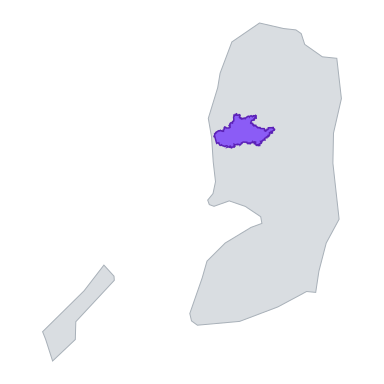 Salfit, West Bank, Palestine (highlighted)
{"feature_id": "87354302B3498749981476", "entity_name": "Salfit", "entity_type": "district", "adm_level": 2, "iso_a3": "PSE", "parent_name": "Palestine", "parent_adm1": "West Bank", "projection": "orthographic", "projection_center": [35.128, 32.112], "detail": "fine", "context": "in_parent", "style": "filled", "palette": "violet", "viewbox_px": 384, "rotation_deg": 0, "n_neighbors": 0, "source": "geoboundaries", "source_scale": "gbopen_adm2", "svg_char_len": 6309}
<svg xmlns="http://www.w3.org/2000/svg" viewBox="0 0 384 384"><path d="M336.8,58.3L341.4,98.6L333.5,133.1L332.9,163.2L339.1,219.2L326.2,243.1L318.9,271.2L315.7,292.4L306.6,291.5L277.9,306.9L239.6,321.4L197.4,325.2L191.5,320.9L189.8,313.5L202.2,277.9L207.0,261.1L225.2,243.0L251.0,227.4L261.9,223.4L260.7,216.7L245.3,206.4L229.2,200.9L214.0,206.3L209.3,204.6L207.7,200.1L213.0,193.6L215.5,181.7L213.2,161.7L211.6,137.3L208.3,118.4L217.7,87.7L220.1,73.2L231.9,41.9L259.5,23.0L283.3,28.5L295.9,29.9L301.2,33.6L304.7,44.4L322.3,56.8L336.8,58.3ZM103.9,265.1L114.0,276.2L114.3,280.3L75.8,321.7L75.3,339.5L52.6,361.0L45.7,339.5L42.6,331.7L84.1,290.8L103.9,265.1Z" fill="#d9dde1" stroke="#a8b0b8" stroke-width="1"/><path d="M216.3,132.1L216.1,132.5L215.7,132.6L215.6,132.8L215.8,133.3L215.7,133.4L215.2,133.5L214.7,133.8L214.8,134.0L214.6,135.2L214.3,135.6L214.0,136.6L214.2,136.8L214.8,136.6L216.2,141.8L216.7,143.3L217.4,142.8L218.4,143.3L218.8,142.9L219.4,144.5L219.9,145.2L220.3,145.4L221.0,145.4L221.4,144.8L222.7,145.8L223.4,145.8L223.9,146.0L224.0,146.3L225.1,146.6L225.4,146.5L225.4,146.1L226.1,145.8L226.4,145.7L227.4,146.1L227.4,146.9L227.2,147.2L227.5,147.1L228.2,146.8L228.5,146.9L229.5,147.1L229.7,146.3L229.9,146.2L230.4,146.1L230.6,146.3L230.8,147.1L231.3,147.2L230.7,147.5L231.2,147.6L231.6,147.9L232.0,147.6L232.3,147.1L233.6,146.8L233.9,147.2L234.1,147.2L234.3,147.0L234.9,146.3L234.7,146.0L234.3,145.7L234.5,145.6L234.4,145.2L234.6,145.4L234.8,145.2L234.7,145.1L234.6,144.5L235.0,144.7L235.3,144.7L236.1,144.6L236.5,144.4L237.0,144.7L237.6,144.3L237.8,144.5L237.9,144.2L238.6,144.4L239.1,144.5L240.1,144.7L240.1,144.9L240.3,144.7L240.7,144.6L241.0,144.2L241.3,143.1L241.8,142.9L242.1,143.1L242.2,142.8L242.2,142.6L242.4,142.4L243.8,142.0L244.6,142.2L245.4,142.1L245.9,142.2L246.8,142.2L246.8,142.3L246.6,142.4L246.6,142.6L247.1,142.7L247.2,143.0L247.6,143.1L247.7,143.4L249.0,142.9L249.2,143.0L249.7,143.1L249.9,143.3L249.4,143.6L249.8,143.6L250.1,143.8L250.2,143.7L250.4,143.6L250.4,143.3L250.6,143.1L250.7,142.9L251.2,142.7L251.4,142.8L251.9,142.7L251.7,142.4L252.6,142.0L253.0,142.1L253.0,141.9L253.1,142.0L253.3,142.2L253.2,142.3L253.4,142.4L254.4,141.9L254.5,142.0L254.9,141.9L254.6,141.9L254.9,141.8L255.3,142.0L253.8,142.7L254.1,142.8L254.2,143.1L254.4,143.0L254.4,143.6L254.5,143.7L254.9,143.6L254.8,143.8L255.0,143.8L255.4,143.5L255.5,143.5L255.7,143.8L255.9,144.7L256.0,145.0L256.4,145.3L256.7,145.4L256.7,145.0L257.0,144.8L258.1,144.7L258.1,144.8L258.3,145.0L258.3,145.4L258.7,145.5L258.9,145.7L259.1,145.6L259.4,145.4L259.5,145.4L259.4,145.2L259.6,145.1L259.5,144.8L259.2,144.8L259.3,144.7L259.3,144.4L259.5,144.4L259.5,143.9L260.1,143.8L260.0,143.6L260.3,143.4L260.6,143.4L261.3,143.2L261.2,142.4L261.5,142.3L261.5,142.1L261.3,142.0L260.9,142.0L260.6,141.4L261.2,141.4L261.6,141.1L261.9,141.0L262.1,141.2L262.2,140.8L262.6,140.6L262.7,140.3L263.1,140.4L263.2,140.2L263.3,140.2L263.5,140.0L265.0,140.0L264.9,139.6L264.8,139.3L264.4,139.0L264.4,138.6L264.6,138.4L266.0,137.7L266.3,137.6L266.6,137.7L266.5,137.1L266.9,137.1L266.9,136.9L267.1,136.8L267.5,136.8L267.4,136.4L267.5,136.3L267.6,136.7L268.2,136.4L268.4,136.5L268.5,136.3L268.7,136.2L268.8,136.0L269.0,135.9L268.7,135.3L269.2,135.3L269.6,134.9L269.7,134.4L269.6,134.1L269.6,133.9L269.9,133.6L269.8,133.2L269.4,132.9L269.5,132.6L269.8,132.5L270.2,132.8L270.6,132.3L270.8,132.3L270.9,131.9L271.0,131.7L271.2,131.8L271.3,131.5L271.6,131.7L271.6,131.8L271.3,132.1L271.2,132.5L271.3,132.9L271.5,133.2L271.8,133.1L272.1,133.1L272.4,132.9L272.2,132.6L272.4,131.3L273.2,130.6L273.5,130.5L273.5,130.4L274.3,130.2L274.6,129.3L274.5,129.1L273.4,128.6L273.5,128.5L273.3,128.3L273.3,127.6L273.0,127.7L272.2,127.5L271.4,127.8L270.7,127.7L270.2,127.8L270.1,127.7L269.8,127.7L268.3,127.8L268.2,127.9L268.4,128.8L267.8,129.1L267.7,129.3L267.8,129.5L267.6,129.7L267.0,129.5L267.0,129.8L266.9,129.8L266.1,130.6L266.1,130.8L265.7,131.2L264.7,130.7L265.0,130.4L265.5,130.4L265.5,130.2L265.3,130.2L264.8,129.8L264.2,128.6L262.7,128.6L260.7,128.5L260.4,128.4L260.4,128.1L260.1,127.6L259.0,127.8L258.9,127.5L257.5,127.7L257.3,127.4L257.3,127.1L257.1,127.1L256.2,126.3L255.8,125.8L255.6,125.8L255.7,125.5L255.4,125.5L255.2,125.3L254.8,125.5L254.7,125.6L254.0,125.8L254.0,125.5L253.5,125.3L253.6,125.2L253.8,125.1L253.6,125.1L253.7,124.6L253.4,124.4L253.2,124.8L253.0,124.7L253.2,124.3L252.7,123.9L252.4,123.8L252.4,123.4L251.8,123.6L251.1,122.6L250.7,122.9L250.7,122.7L250.9,122.4L251.0,122.5L251.2,121.2L251.6,120.5L252.9,120.4L253.3,119.7L253.6,120.0L253.8,120.1L254.3,120.0L254.4,119.7L254.1,119.0L254.3,118.6L254.8,118.6L255.1,118.4L255.0,117.6L255.3,117.4L256.2,117.9L256.1,117.0L256.1,116.4L256.2,115.9L255.9,115.8L255.6,115.4L255.2,115.8L254.6,115.9L254.6,115.5L254.5,115.2L254.4,115.9L254.1,116.0L253.9,116.1L253.8,115.7L253.5,115.7L253.5,115.9L252.7,116.2L252.3,116.7L251.1,115.7L250.0,116.3L249.5,116.5L249.4,116.7L249.3,116.4L248.8,116.2L248.0,116.3L247.8,116.6L247.6,116.6L247.3,116.9L246.6,117.1L246.5,117.4L246.2,117.7L245.4,118.1L245.1,118.6L244.8,118.0L243.6,118.2L243.1,118.8L242.8,118.8L242.1,118.9L242.1,118.6L241.4,118.9L241.2,118.1L240.3,118.3L240.1,118.0L240.0,117.9L240.6,117.7L240.1,117.3L239.9,117.4L239.8,117.0L239.5,117.0L239.6,116.4L240.1,115.4L239.9,115.0L239.5,114.6L239.2,114.6L239.2,115.0L238.3,115.1L238.1,115.3L236.8,115.2L237.1,114.9L236.8,114.3L236.8,114.1L236.6,113.9L236.4,114.0L236.3,113.9L235.4,114.8L235.4,114.6L235.1,114.5L234.8,115.2L233.9,115.2L234.0,115.6L234.4,115.6L234.4,115.9L234.0,116.2L233.6,117.1L233.8,119.8L233.7,121.0L232.5,121.5L232.6,122.9L232.5,123.1L231.0,122.7L230.3,123.3L230.3,123.7L230.0,123.7L229.7,124.8L229.5,125.0L229.3,125.3L229.8,125.3L229.9,125.6L230.0,125.6L229.9,126.0L229.7,125.9L229.4,126.1L229.5,126.3L230.0,126.5L230.2,126.8L230.2,127.2L230.0,127.5L228.8,128.0L228.4,127.9L228.1,128.0L226.3,128.0L226.0,127.5L224.8,126.9L224.5,127.2L224.4,127.6L224.4,128.2L224.1,128.2L224.1,128.4L224.4,128.5L223.8,129.9L223.4,130.5L223.1,130.4L223.1,130.6L222.9,130.8L222.8,131.2L222.9,131.3L222.6,131.3L222.4,131.1L221.8,131.0L221.6,130.8L221.3,130.9L221.1,130.8L220.7,130.5L220.4,130.3L220.0,130.7L219.8,130.7L219.5,130.9L219.1,130.7L218.8,130.7L218.5,130.8L218.4,130.9L218.1,130.9L217.7,131.6L216.9,131.7L216.5,132.1L216.3,132.1Z" fill="#8b5cf6" stroke="#5b21b6" stroke-width="1.5"/></svg>